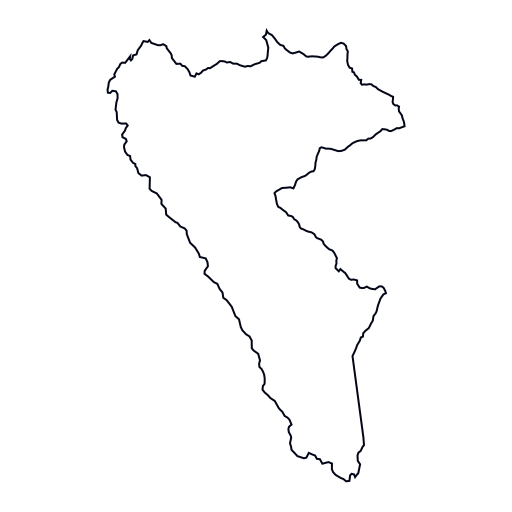 Cachoeira Alta, Goiás, Brazil
{"feature_id": "56859067B56256761057060", "entity_name": "Cachoeira Alta", "entity_type": "district", "adm_level": 2, "iso_a3": "BRA", "parent_name": "Brazil", "parent_adm1": "Goiás", "projection": "robinson", "projection_center": [-50.962, -18.602], "detail": "fine", "context": "isolated", "style": "outline", "palette": "ink", "viewbox_px": 512, "rotation_deg": 0, "n_neighbors": 0, "source": "geoboundaries", "source_scale": "gbopen_adm2", "svg_char_len": 5118}
<svg xmlns="http://www.w3.org/2000/svg" viewBox="0 0 512 512"><path d="M108.8,82.6L108.2,87.1L107.5,89.9L107.9,92.7L110.1,93.0L112.4,90.8L115.9,91.3L117.5,94.1L117.6,98.1L116.4,102.4L115.5,109.7L116.7,112.1L116.9,116.1L117.1,119.9L118.6,122.7L121.5,123.6L126.1,123.5L127.7,125.5L125.8,128.1L125.0,130.6L122.1,134.6L122.5,137.2L125.9,138.9L126.7,141.3L124.3,144.6L124.0,147.3L125.1,151.7L127.5,155.0L130.1,156.0L130.5,159.6L133.2,163.0L135.3,163.9L135.4,166.1L137.1,168.2L138.4,173.1L141.6,175.6L146.0,175.1L149.9,177.3L149.6,188.8L151.8,191.0L156.9,193.5L161.6,199.9L161.4,203.9L165.7,208.6L166.0,212.0L166.2,214.6L168.8,216.9L175.5,222.2L177.5,222.9L180.3,226.5L184.7,228.4L186.6,230.7L186.8,234.2L190.1,242.8L195.0,247.4L198.7,253.4L199.9,257.0L205.7,258.4L207.5,262.2L207.9,266.3L204.7,270.8L204.5,273.8L208.3,276.7L213.8,282.1L217.3,283.8L219.6,288.9L222.5,292.5L223.3,297.8L226.5,300.0L231.7,306.7L235.4,316.1L239.0,319.3L240.8,327.1L242.4,330.3L246.1,334.3L249.5,336.4L251.7,340.5L251.8,348.3L253.6,350.5L258.2,353.8L260.0,360.4L259.1,363.6L259.4,366.9L261.7,369.2L263.2,372.1L264.2,374.9L264.7,378.6L264.6,383.8L262.9,386.0L262.5,389.7L264.8,392.6L267.7,395.0L270.3,398.0L274.8,401.0L278.7,408.0L280.3,409.9L282.3,411.7L284.7,416.0L287.0,417.3L288.5,418.5L289.7,420.2L291.5,424.6L289.1,426.6L288.4,428.9L288.8,432.1L290.7,435.6L291.2,437.7L290.0,443.2L291.2,447.3L291.5,449.8L294.4,452.8L297.4,456.1L304.0,458.3L306.4,457.6L308.8,452.9L312.8,454.7L315.1,455.5L316.8,458.8L319.9,459.2L321.2,461.6L322.4,463.7L326.8,462.5L328.5,462.1L332.0,463.6L331.9,467.0L331.9,469.2L333.0,472.0L335.6,474.9L341.0,478.1L343.4,479.0L346.2,481.3L349.4,480.9L350.1,475.4L351.6,473.8L354.0,474.4L355.1,477.1L356.5,475.2L358.3,473.1L360.1,464.3L357.8,460.9L357.5,455.5L358.4,452.7L360.7,450.9L362.6,446.8L364.0,445.1L363.4,437.4L352.5,356.1L354.3,352.3L356.1,348.2L357.1,345.2L359.9,340.5L360.8,337.5L362.9,336.6L363.3,333.2L365.4,330.8L368.8,328.1L370.9,323.8L372.8,320.6L373.5,316.1L375.5,313.5L376.5,311.5L377.9,305.7L380.5,298.5L383.4,294.4L385.9,293.2L385.4,291.2L383.6,287.8L381.8,286.4L379.2,286.4L377.2,287.8L375.0,289.3L371.9,288.9L369.7,288.3L366.8,286.6L364.1,287.9L362.2,288.1L359.7,287.6L357.2,283.8L357.1,280.4L353.8,279.5L351.1,279.8L348.9,278.7L345.3,273.1L343.2,271.5L340.4,269.1L338.8,271.3L337.0,269.5L335.6,268.2L335.6,266.0L336.5,263.4L336.3,261.0L336.9,258.1L334.1,252.6L332.4,250.5L329.1,249.2L326.7,247.1L324.9,245.3L323.6,243.7L323.1,241.6L321.2,239.7L319.0,238.8L317.2,238.2L315.8,237.0L314.4,234.2L311.4,232.3L308.6,231.7L306.3,230.9L303.9,229.6L300.8,228.4L299.6,226.7L299.1,224.3L298.0,222.4L296.4,220.5L294.3,219.3L292.7,216.8L291.0,216.0L288.2,215.5L286.1,212.2L282.7,209.8L280.4,207.9L278.3,206.9L277.0,204.2L276.0,199.2L275.5,196.0L274.5,193.2L275.8,191.7L277.7,190.5L279.8,189.3L282.0,188.0L286.5,187.7L290.3,187.3L293.4,188.4L295.0,185.0L296.1,181.5L297.6,179.3L301.8,177.0L304.3,176.2L306.1,175.3L307.6,174.0L309.4,172.5L311.6,171.5L313.4,171.3L314.7,169.4L315.3,166.0L315.5,162.7L316.2,160.1L316.7,156.7L317.9,153.7L319.1,151.1L319.8,148.2L321.4,147.3L323.6,147.9L326.1,148.7L327.9,148.6L331.0,148.9L335.6,150.3L337.9,151.1L341.0,151.0L344.8,149.7L347.9,146.8L349.7,145.6L352.5,143.2L354.4,142.3L357.0,141.1L360.7,140.3L366.3,140.3L368.2,138.7L370.7,138.5L373.1,137.0L375.7,134.4L380.4,131.2L382.3,129.1L384.7,129.3L387.2,129.8L388.9,130.9L391.0,131.1L394.3,129.6L396.6,128.2L399.4,128.2L401.7,127.3L404.5,126.3L404.3,123.8L403.7,121.2L402.6,118.5L401.9,115.4L399.0,111.3L398.7,108.8L399.0,106.6L397.0,105.4L395.2,105.4L393.4,104.1L392.6,102.1L393.0,98.9L393.1,96.8L391.1,96.0L389.0,94.7L385.3,93.0L382.2,91.5L380.2,90.4L377.9,89.1L375.9,87.1L373.3,86.0L371.5,84.4L369.4,84.1L366.7,84.6L364.0,84.4L361.9,84.7L360.7,83.1L361.2,79.9L358.9,79.8L356.9,76.5L354.8,74.7L354.0,72.4L352.4,71.8L352.1,68.5L349.6,67.7L348.0,64.8L347.2,61.1L347.4,58.2L347.5,54.4L347.8,51.3L346.4,48.9L346.1,46.1L343.7,43.6L341.0,42.8L338.3,44.0L336.0,45.4L334.2,46.6L332.7,48.5L331.2,50.0L328.5,53.1L326.0,55.6L323.3,57.4L320.6,57.4L318.0,56.7L312.2,56.3L309.9,56.5L307.8,56.8L306.1,56.3L303.5,54.1L301.5,52.9L299.1,51.5L296.1,52.5L292.7,53.4L290.1,52.6L286.8,50.1L284.9,48.5L283.5,45.9L280.1,44.8L277.1,41.9L275.1,39.0L273.2,36.6L271.7,34.9L269.7,34.0L267.9,32.7L266.7,30.7L265.9,34.7L263.1,37.0L266.2,40.1L267.3,44.0L268.3,47.7L267.9,51.1L267.6,55.5L267.1,58.1L265.9,60.4L261.3,61.2L259.8,62.7L256.9,63.6L254.5,64.3L252.3,65.4L250.6,66.3L247.8,66.0L244.9,66.7L239.8,65.2L237.0,63.7L233.0,63.6L230.2,62.0L226.8,62.5L225.0,61.6L222.7,61.1L219.9,61.1L216.7,64.0L214.0,65.6L210.0,68.2L208.1,68.0L206.0,69.5L202.9,70.6L201.1,72.7L198.7,74.3L196.5,73.4L194.8,76.7L190.5,75.5L189.4,72.2L187.6,69.1L184.8,66.2L182.3,65.9L180.4,63.7L176.4,63.9L171.9,58.1L171.7,55.6L171.0,53.7L166.8,48.3L166.3,46.1L163.1,44.2L160.5,45.2L158.0,45.2L151.3,42.9L149.4,40.1L147.8,41.9L143.5,41.1L142.3,43.1L141.1,45.7L137.8,50.1L136.5,54.4L133.1,55.4L132.3,58.9L130.9,60.4L129.8,58.9L130.1,56.4L125.2,62.8L122.1,62.6L120.2,64.2L119.0,67.0L117.2,68.8L114.3,74.3L114.9,76.7L110.2,79.8L108.8,82.6Z" fill="none" stroke="#020617" stroke-width="2"/></svg>